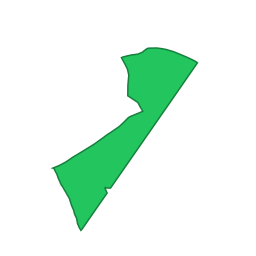 outline of Shahin, Al Mahrah, Yemen, rotated 59°
{"feature_id": "15242507B71328549079212", "entity_name": "Shahin", "entity_type": "district", "adm_level": 2, "iso_a3": "YEM", "parent_name": "Yemen", "parent_adm1": "Al Mahrah", "projection": "orthographic", "projection_center": [52.4, 17.895], "detail": "fine", "context": "isolated", "style": "filled", "palette": "green", "viewbox_px": 256, "rotation_deg": 59, "n_neighbors": 0, "source": "geoboundaries", "source_scale": "gbopen_adm2", "svg_char_len": 3908}
<svg xmlns="http://www.w3.org/2000/svg" viewBox="0 0 256 256"><g transform="rotate(59 128 128)"><path d="M64.3,97.4L71.9,97.7L77.1,98.1L83.1,100.1L91.5,106.2L100.3,111.6L111.2,106.4L116.8,106.7L121.3,106.7L121.3,106.8L119.3,120.3L119.3,121.5L119.3,122.3L121.3,130.3L122.3,135.4L122.9,145.7L123.0,149.0L124.4,164.9L124.6,178.4L124.6,188.5L124.6,190.4L124.8,193.1L125.1,199.2L124.7,206.5L123.7,213.0L123.8,212.9L124.0,212.8L124.3,212.7L124.6,212.6L124.8,212.5L125.1,212.4L125.3,212.3L125.6,212.3L125.9,212.3L126.2,212.4L126.5,212.5L127.0,212.6L127.3,212.6L127.6,212.6L127.8,212.6L128.1,212.6L128.4,212.7L128.7,212.7L129.0,212.7L129.3,212.7L129.6,212.7L129.9,212.7L130.2,212.7L130.4,212.7L130.7,212.7L130.9,212.8L131.2,212.8L131.6,212.8L131.8,212.9L132.1,213.0L132.4,213.1L132.7,213.1L133.0,213.2L133.5,213.2L133.8,213.3L134.0,213.4L134.3,213.5L134.6,213.6L135.0,213.6L135.3,213.6L135.5,213.7L135.9,213.7L136.1,213.7L136.5,213.8L136.8,213.8L137.0,213.8L137.4,213.9L137.7,213.9L138.0,213.9L138.3,214.0L138.5,214.0L138.8,214.0L139.1,214.0L139.4,214.1L139.6,214.2L139.9,214.2L140.2,214.3L140.5,214.3L140.8,214.4L141.0,214.4L141.3,214.4L141.6,214.4L141.9,214.4L142.2,214.4L142.4,214.5L142.7,214.6L143.0,214.5L143.5,214.3L144.0,214.3L144.3,214.4L144.6,214.4L144.9,214.3L145.1,214.3L145.4,214.3L145.6,214.3L146.1,214.3L146.6,214.4L146.9,214.4L147.3,214.4L147.5,214.4L147.8,214.4L148.1,214.4L148.4,214.4L148.7,214.4L149.1,214.4L149.4,214.4L149.6,214.4L149.9,214.4L150.2,214.4L150.5,214.4L151.0,214.4L151.3,214.4L151.7,214.4L151.9,214.4L152.2,214.4L152.5,214.4L152.8,214.5L153.1,214.5L153.4,214.5L153.8,214.5L154.1,214.5L154.4,214.5L154.6,214.5L154.9,214.5L155.2,214.5L155.4,214.5L155.7,214.5L155.9,214.5L156.2,214.5L156.5,214.5L156.8,214.5L157.1,214.5L157.4,214.5L157.7,214.5L158.0,214.6L158.3,214.6L158.6,214.6L158.8,214.7L159.1,214.7L159.4,214.8L159.7,214.9L159.9,215.0L160.2,215.1L160.5,215.1L160.8,215.2L161.1,215.3L161.3,215.3L161.6,215.4L162.0,215.5L162.3,215.5L162.5,215.6L162.8,215.6L163.0,215.7L163.3,215.7L163.6,215.8L163.8,215.9L164.1,216.0L164.3,216.1L164.6,216.2L164.9,216.2L165.2,216.2L165.4,216.2L165.7,216.3L165.9,216.4L166.2,216.4L166.5,216.4L166.9,216.5L167.2,216.5L167.4,216.5L167.8,216.6L168.1,216.6L168.4,216.6L168.6,216.7L168.9,216.7L169.2,216.8L169.5,216.9L169.8,216.9L170.1,216.9L170.4,216.9L170.7,217.0L171.0,217.1L171.5,217.2L171.6,217.3L171.8,217.3L172.1,217.4L172.3,217.5L172.5,217.6L172.8,217.7L173.2,217.8L173.5,217.9L173.7,218.0L174.0,218.0L174.3,218.1L174.5,218.1L174.8,218.1L175.1,218.2L175.3,218.2L175.6,218.3L175.9,218.3L176.1,218.3L176.4,218.3L176.7,218.4L177.0,218.4L177.4,218.4L177.7,218.5L178.1,218.5L178.4,218.5L178.7,218.6L179.0,218.7L179.5,218.8L179.8,218.9L180.1,219.0L180.3,219.1L180.6,219.2L180.9,219.3L181.1,219.4L181.4,219.5L181.6,219.6L181.9,219.7L182.1,219.8L182.3,219.9L182.6,220.0L182.9,220.1L183.1,220.1L183.4,220.2L183.7,220.3L183.9,220.5L184.2,220.5L184.4,220.5L184.5,220.6L184.9,220.6L185.4,220.7L185.9,220.7L186.2,220.8L186.4,220.8L186.7,220.9L187.0,220.9L187.4,221.0L187.7,221.0L188.0,221.1L188.4,221.1L188.7,221.1L188.9,221.1L189.2,221.1L189.5,221.1L189.8,221.1L190.1,221.1L190.4,221.1L190.7,221.1L191.0,221.1L191.5,221.1L191.3,220.1L173.0,179.4L167.6,178.7L167.4,178.0L168.1,177.9L168.0,177.7L170.5,174.0L131.7,87.7L131.1,86.3L107.9,34.9L107.7,35.0L107.1,35.2L106.5,35.5L105.3,36.0L105.0,36.2L104.9,36.3L102.2,38.0L96.9,41.6L92.1,45.1L89.7,46.9L85.7,49.9L82.3,53.1L80.3,54.9L77.1,58.5L76.9,58.8L75.9,60.0L73.7,62.9L73.1,64.2L72.2,65.7L70.8,68.1L70.5,68.7L70.3,69.0L70.1,69.5L69.9,70.2L69.8,70.8L69.8,71.4L69.8,71.7L69.9,72.4L69.9,72.6L70.0,73.3L70.1,73.6L70.1,73.8L70.1,74.6L70.2,75.0L70.3,75.5L70.4,76.0L70.4,76.4L70.4,77.2L70.4,77.4L70.4,77.5L70.2,78.6L70.0,79.7L69.9,80.6L69.7,81.6L69.5,82.2L69.3,82.7L69.1,83.0L68.8,83.7L67.1,87.6L66.4,89.7L66.0,90.9L65.6,92.2L64.4,96.3L64.4,96.7L64.3,97.4Z" fill="#22c55e" stroke="#15803d" stroke-width="1.5"/></g></svg>